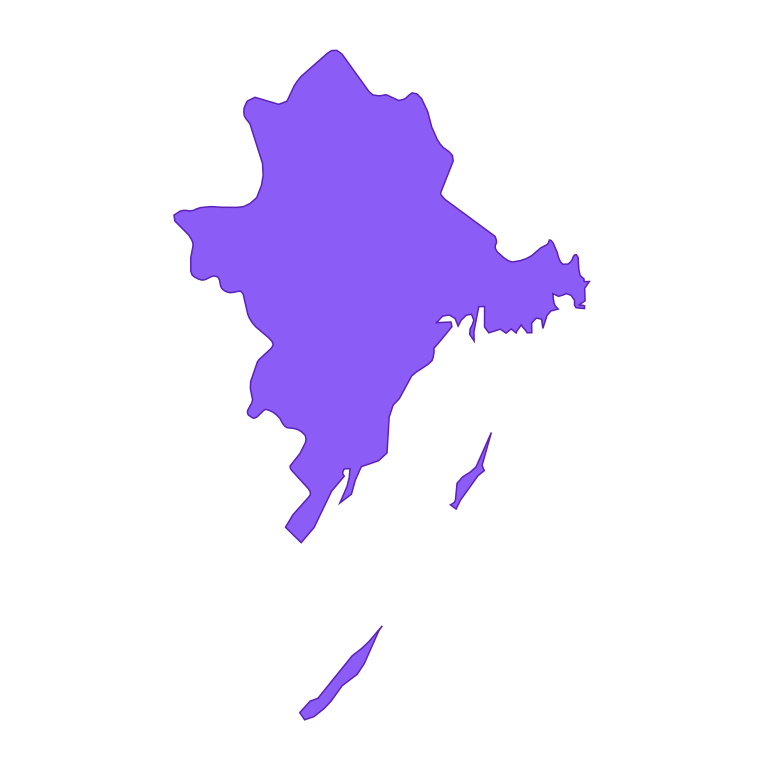 the County of Šibensko-Kninska, rotated 269°
{"feature_id": "HRV-1491", "entity_name": "Šibensko-Kninska", "entity_type": "County", "adm_level": 1, "iso_a3": "HRV", "parent_name": "Croatia", "parent_adm1": "", "projection": "orthographic", "projection_center": [15.941, 43.766], "detail": "fine", "context": "isolated", "style": "filled", "palette": "violet", "viewbox_px": 768, "rotation_deg": 269, "n_neighbors": 0, "source": "natural_earth", "source_scale": "10m", "svg_char_len": 3691}
<svg xmlns="http://www.w3.org/2000/svg" viewBox="0 0 768 768"><g transform="rotate(269 384 384)"><path d="M485.6,585.8L482.9,585.8L482.9,591.1L476.1,586.3L463.7,586.5L459.7,580.5L459.2,581.9L459.3,584.1L458.6,585.9L455.9,585.8L456.9,577.3L459.8,575.8L464.2,576.0L469.4,572.6L471.2,567.8L469.7,564.2L468.6,560.1L471.4,554.3L462.3,555.3L459.0,556.6L455.9,559.5L454.0,552.0L449.5,548.1L436.8,543.8L446.0,542.7L447.3,537.5L442.4,532.7L432.7,532.7L432.7,528.0L435.3,526.4L438.1,523.9L440.6,522.2L435.0,518.0L432.7,517.0L436.8,512.2L432.7,506.9L436.8,501.2L433.3,489.7L439.2,485.5L459.7,485.9L459.7,480.1L434.6,474.8L425.4,474.9L432.0,470.6L437.5,471.0L442.1,473.5L446.3,474.9L452.2,472.7L451.4,467.6L446.5,462.3L440.6,459.1L448.3,456.2L451.9,450.4L450.8,443.7L444.4,437.6L444.8,452.1L440.1,452.9L426.5,441.4L418.8,434.5L414.9,434.6L409.8,433.6L406.5,432.4L403.0,428.5L395.3,416.4L391.6,411.8L369.0,399.0L362.8,392.8L351.0,388.6L315.0,385.8L307.4,377.2L301.7,359.8L288.5,353.7L274.4,349.5L265.8,337.8L282.4,345.3L291.1,347.6L299.9,348.5L299.9,342.8L296.7,341.2L294.4,341.4L293.2,342.2L292.6,342.7L277.7,329.7L241.8,311.6L226.8,298.4L242.5,283.0L254.9,290.7L272.3,306.8L274.6,308.4L277.6,308.4L280.7,306.5L299.6,289.9L301.7,288.8L303.7,288.7L316.0,298.8L327.0,304.5L330.3,305.0L333.9,304.4L337.8,300.6L340.1,296.7L341.2,292.6L341.7,288.3L342.1,286.2L343.8,283.8L346.5,281.8L351.5,279.3L354.8,276.2L357.7,272.6L359.5,269.1L360.5,266.2L360.5,264.6L359.6,263.2L353.2,256.4L352.1,253.9L352.4,252.0L355.3,247.9L357.2,247.0L359.8,247.1L367.5,251.5L370.6,252.3L381.9,250.3L388.8,250.7L408.5,257.9L410.5,259.4L421.5,271.7L423.5,273.1L424.8,273.8L426.4,273.6L428.6,272.7L432.1,269.6L443.4,256.8L447.4,253.5L452.3,250.5L456.2,249.0L476.5,244.7L479.1,242.6L479.2,240.1L478.1,234.1L478.0,231.7L478.6,229.0L479.7,226.6L481.3,224.5L482.9,223.2L484.7,222.4L490.4,221.4L492.7,220.5L493.8,219.6L494.7,217.6L494.9,215.2L494.2,212.8L492.0,208.3L491.3,206.2L491.1,204.5L491.1,203.9L491.2,203.2L491.5,202.3L492.2,200.2L494.6,195.9L496.4,194.0L500.2,192.8L513.8,193.0L524.7,195.3L527.0,195.5L529.4,195.1L532.4,193.7L536.2,191.5L550.5,177.8L556.5,176.9L560.5,183.3L561.1,186.8L561.0,189.9L560.5,191.7L560.5,193.9L560.8,196.0L561.2,197.3L561.6,198.1L561.9,198.5L563.1,201.9L563.6,203.8L564.4,213.9L564.2,217.4L563.5,225.0L563.2,240.4L563.7,246.4L566.8,253.2L572.6,260.0L584.6,264.9L594.7,266.8L606.5,266.4L646.5,254.5L652.2,250.2L655.0,248.9L658.3,248.6L661.8,248.8L666.9,250.9L669.3,252.3L672.9,260.1L665.5,283.5L666.8,287.5L668.6,292.0L683.9,299.5L688.1,302.4L693.0,306.5L715.4,332.8L718.3,337.4L718.4,342.6L714.8,347.6L676.8,374.0L673.2,377.9L672.2,384.2L672.6,387.8L673.2,390.3L672.8,392.2L667.2,403.6L668.1,407.9L669.3,410.7L672.2,413.8L674.6,417.2L673.5,422.0L668.6,426.6L655.4,432.5L640.1,436.2L628.0,441.3L623.7,443.8L619.7,447.0L615.1,453.1L611.4,456.4L605.8,457.1L575.2,444.4L572.7,443.9L567.8,447.8L529.6,497.7L526.0,498.8L523.4,499.0L520.4,497.6L517.6,497.7L514.3,499.4L507.9,506.3L505.4,509.9L503.7,514.2L505.0,522.7L507.0,528.7L509.7,533.9L517.4,543.1L520.5,549.5L522.4,551.0L525.1,551.8L524.6,553.6L522.0,555.6L512.5,559.5L507.2,560.8L502.8,562.7L500.6,565.0L500.7,569.9L502.5,572.5L505.3,574.4L508.0,575.5L509.7,576.7L509.9,578.6L507.1,580.3L495.1,580.8L489.0,582.0L485.7,585.7L485.6,585.8ZM68.2,304.6L70.9,312.4L112.9,347.5L119.5,356.4L126.7,364.4L142.3,378.1L137.5,374.6L104.8,359.4L94.3,352.2L83.0,336.8L68.0,325.7L60.6,318.5L52.7,308.3L49.6,298.8L56.9,294.0L68.2,304.6ZM299.5,474.6L333.7,490.5L300.8,480.6L295.7,482.8L290.7,476.4L266.5,458.4L257.7,453.9L262.0,448.3L264.3,452.2L266.6,453.4L283.5,455.3L289.9,461.2L294.4,468.7L299.5,474.6Z" fill="#8b5cf6" stroke="#5b21b6" stroke-width="1.5"/></g></svg>